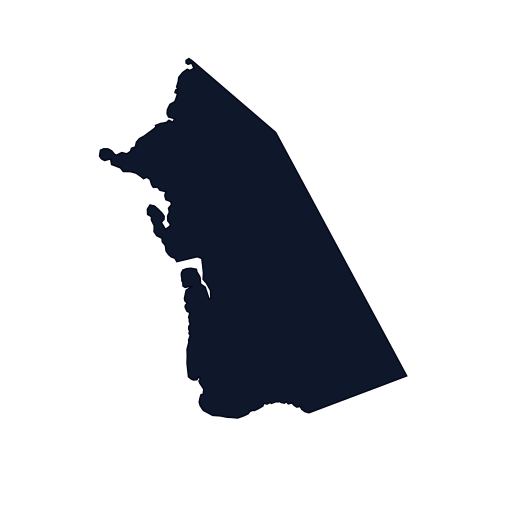 Ngerbau, Ngarchelong, Palau (Mercator projection), rotated 199°
{"feature_id": "81905179B4441268560543", "entity_name": "Ngerbau", "entity_type": "district", "adm_level": 2, "iso_a3": "PLW", "parent_name": "Palau", "parent_adm1": "Ngarchelong", "projection": "mercator", "projection_center": [134.643, 7.703], "detail": "fine", "context": "isolated", "style": "filled", "palette": "ink", "viewbox_px": 512, "rotation_deg": 199, "n_neighbors": 0, "source": "geoboundaries", "source_scale": "gbopen_adm2", "svg_char_len": 2694}
<svg xmlns="http://www.w3.org/2000/svg" viewBox="0 0 512 512"><g transform="rotate(199 256 256)"><path d="M380.0,419.8L383.7,420.8L385.8,418.2L384.9,415.7L382.6,415.2L379.7,417.5L375.8,413.3L378.9,409.9L381.8,410.2L385.1,405.5L387.2,399.8L386.3,395.5L386.1,390.0L384.1,388.7L385.9,386.9L385.8,384.2L383.0,384.0L382.9,379.6L383.0,375.5L386.7,371.4L387.4,365.6L386.4,361.6L383.9,359.0L377.7,359.4L378.1,355.4L382.5,356.0L384.3,353.0L389.5,350.1L393.5,346.7L392.6,345.4L394.1,342.7L397.0,338.5L401.0,332.7L404.4,329.1L406.1,324.8L405.6,319.8L408.8,317.3L408.7,314.1L411.4,310.5L416.6,310.1L420.8,305.8L423.1,306.2L426.7,308.4L430.8,309.1L434.9,307.8L437.5,305.4L436.5,299.6L433.8,297.6L430.3,297.0L425.1,300.5L422.3,295.5L412.8,295.2L409.0,292.7L402.2,294.9L396.4,295.3L390.9,293.8L387.5,292.5L385.0,294.9L381.2,294.0L377.8,289.4L375.4,287.5L371.5,289.1L368.3,286.9L362.2,287.5L361.9,283.4L359.5,279.9L354.5,279.8L352.6,277.2L354.3,272.7L352.2,269.3L352.6,265.0L350.8,260.5L347.3,258.2L347.2,256.3L348.1,254.7L350.4,251.6L352.6,253.7L356.5,256.9L354.9,260.7L355.8,263.7L359.0,266.0L363.7,268.3L368.3,270.2L372.8,269.7L373.9,264.9L372.0,260.0L367.7,259.2L366.6,256.0L362.1,251.5L360.3,245.8L356.5,242.9L350.7,242.2L349.1,238.8L345.2,236.5L342.5,231.3L338.9,228.8L335.9,227.6L332.0,227.5L329.0,224.9L311.3,236.2L306.4,236.0L303.4,229.8L300.1,222.7L298.4,216.7L294.0,214.2L287.8,208.6L285.0,201.6L286.1,199.7L292.0,207.5L293.9,210.0L299.3,211.5L301.9,217.5L304.5,220.0L306.7,221.7L308.0,224.0L310.5,223.7L313.6,223.2L317.7,221.3L320.6,218.8L321.0,215.5L320.0,212.8L318.8,210.7L318.1,208.5L316.5,207.1L315.3,203.9L312.8,203.2L309.4,205.3L306.8,205.9L308.8,203.5L310.8,200.9L310.5,197.7L310.1,194.9L309.8,192.4L308.6,190.4L307.2,189.8L305.6,188.9L306.7,186.6L306.5,184.8L305.5,183.6L303.1,181.2L300.8,181.1L300.0,180.3L299.7,176.0L298.6,174.8L297.7,172.3L296.8,171.2L295.9,170.4L296.6,167.6L296.1,165.6L295.0,164.0L294.1,162.9L294.3,161.2L293.4,160.3L292.3,159.3L292.3,158.1L292.4,154.6L291.4,152.7L291.2,150.2L290.8,145.2L288.5,139.3L286.4,132.4L283.8,126.8L281.7,122.4L280.6,119.9L277.7,118.7L274.8,118.4L271.6,119.8L271.0,122.9L268.4,121.7L269.2,119.3L267.9,117.6L262.0,113.1L260.9,107.7L262.8,107.1L262.7,103.4L262.1,99.3L260.0,96.3L255.6,92.9L245.1,91.2L237.7,93.2L230.6,94.2L226.3,95.5L220.7,96.8L216.2,100.3L212.2,104.1L211.2,107.0L209.2,108.8L207.2,109.4L204.2,112.3L200.7,116.3L200.7,119.3L197.3,119.6L195.0,122.2L193.5,121.6L189.7,124.7L186.9,125.6L185.8,126.4L184.8,125.7L181.3,126.1L179.8,128.2L177.4,126.7L174.0,128.8L171.9,127.4L168.4,126.4L165.2,128.1L162.7,125.9L159.1,124.8L154.9,125.0L74.5,191.7L277.6,379.2L380.0,419.8Z" fill="#0f172a" stroke="#020617" stroke-width="1.5"/></g></svg>